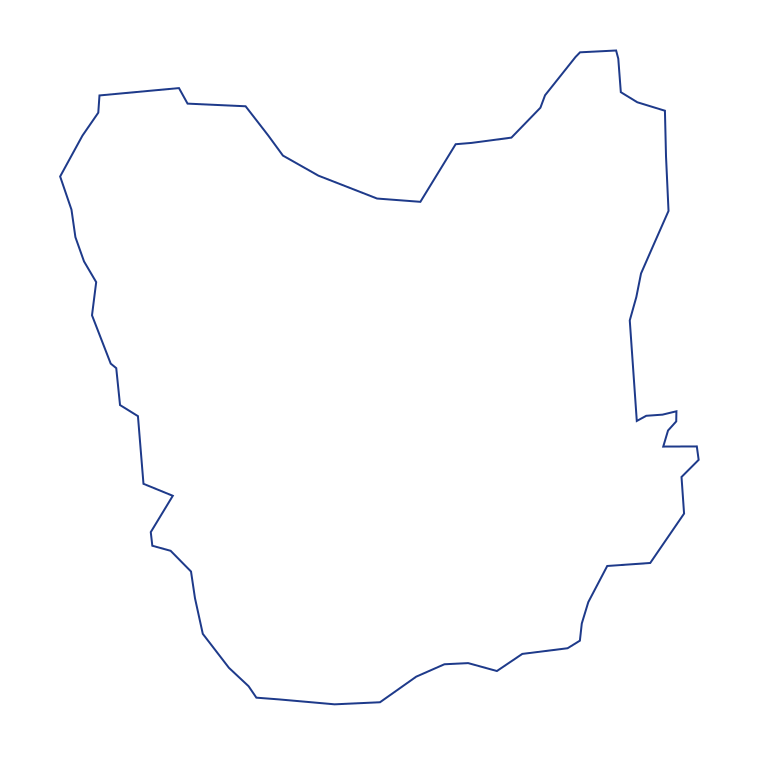 outline of Mayahi, Maradi, Niger, rotated 356°
{"feature_id": "23599985B12759501052009", "entity_name": "Mayahi", "entity_type": "district", "adm_level": 2, "iso_a3": "NER", "parent_name": "Niger", "parent_adm1": "Maradi", "projection": "natural_earth1", "projection_center": [7.671, 14.129], "detail": "fine", "context": "isolated", "style": "outline", "palette": "blue", "viewbox_px": 768, "rotation_deg": 356, "n_neighbors": 0, "source": "geoboundaries", "source_scale": "gbopen_adm2", "svg_char_len": 1064}
<svg xmlns="http://www.w3.org/2000/svg" viewBox="0 0 768 768"><g transform="rotate(356 384 384)"><path d="M257.2,691.3L312.4,700.1L357.8,701.2L395.7,678.2L424.7,667.8L448.5,668.3L476.6,678.2L503.1,662.9L548.7,660.4L561.5,653.7L564.6,636.7L572.6,615.8L594.0,581.1L637.1,581.1L674.3,534.2L674.3,497.5L692.6,481.6L691.7,468.1L658.2,465.9L664.1,450.2L672.9,441.7L673.8,431.6L659.7,434.0L643.4,434.0L633.6,438.5L633.6,337.7L641.8,314.8L648.1,291.7L661.5,266.1L679.9,231.2L681.2,176.7L683.3,131.0L656.3,120.6L640.6,109.4L640.4,75.8L638.8,67.5L602.7,66.8L597.9,71.1L564.8,107.2L559.3,119.3L528.3,147.1L488.1,149.6L472.2,149.8L433.0,204.8L390.0,198.5L333.1,171.6L299.1,149.1L285.9,128.1L265.3,97.3L207.6,90.6L200.1,74.5L120.3,76.3L117.9,93.4L100.5,115.2L75.4,154.4L84.4,188.3L86.4,216.0L93.3,240.8L104.0,262.3L97.5,295.1L112.8,344.6L118.0,349.5L119.2,386.6L136.3,398.9L137.1,466.8L165.5,480.8L141.0,515.5L141.6,529.2L159.5,535.5L178.4,557.6L180.5,584.5L185.8,620.6L209.5,656.3L227.8,676.0L234.8,688.0L257.2,691.3Z" fill="none" stroke="#1e3a8a" stroke-width="2"/></g></svg>